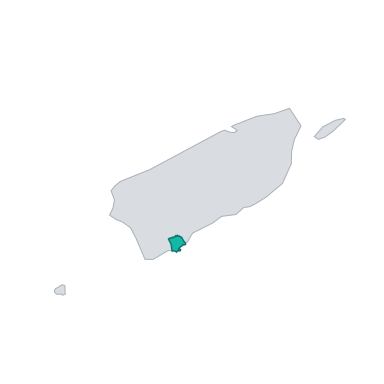 Guánica, Puerto Rico (highlighted), rotated 330°
{"feature_id": "32010507B43804230876127", "entity_name": "Guánica", "entity_type": "district", "adm_level": 2, "iso_a3": "PRI", "parent_name": "Puerto Rico", "parent_adm1": "", "projection": "natural_earth1", "projection_center": [-66.908, 17.98], "detail": "fine", "context": "in_parent", "style": "filled", "palette": "teal", "viewbox_px": 384, "rotation_deg": 330, "n_neighbors": 0, "source": "geoboundaries", "source_scale": "gbopen_adm2", "svg_char_len": 2292}
<svg xmlns="http://www.w3.org/2000/svg" viewBox="0 0 384 384"><g transform="rotate(330 192 192)"><path d="M254.2,158.7L258.2,161.7L262.0,161.2L258.9,155.1L261.8,155.1L286.3,158.9L302.1,165.2L318.3,168.3L319.4,189.3L306.9,197.7L298.7,206.5L292.1,217.2L274.6,229.8L253.5,233.5L239.5,233.9L234.3,233.5L229.2,231.3L218.6,233.4L205.5,227.9L194.3,229.2L172.0,227.9L163.6,232.7L155.6,233.8L147.8,232.9L141.1,230.8L124.6,230.9L117.6,226.8L120.5,202.9L120.8,192.0L116.7,183.1L112.3,177.5L109.1,170.8L115.5,166.4L120.9,160.1L122.5,150.5L128.4,148.1L135.2,147.0L166.8,151.5L246.7,154.0L251.2,154.8L254.2,158.7ZM344.4,209.9L334.4,210.9L327.8,209.6L325.6,205.2L337.8,201.0L352.0,201.6L360.1,204.1L361.1,205.8L344.4,209.9ZM31.1,216.9L29.9,217.0L28.7,216.8L28.2,216.4L27.4,215.0L23.7,212.8L22.9,210.7L23.7,208.5L25.2,207.6L32.6,207.4L33.4,207.6L34.8,209.1L34.9,210.2L34.1,211.2L32.8,213.9L32.3,214.5L31.9,215.2L31.7,216.4L31.1,216.9Z" fill="#d9dde1" stroke="#a8b0b8" stroke-width="1"/><path d="M157.6,222.2L157.2,222.2L156.9,222.3L156.7,222.3L156.4,222.0L156.3,222.4L156.0,222.3L155.6,222.2L155.6,221.9L155.0,221.9L154.8,222.2L154.2,222.3L153.7,221.9L153.1,221.7L153.1,221.8L152.7,221.8L151.7,221.3L151.3,221.3L151.0,221.4L151.0,221.5L150.7,221.4L150.3,221.1L149.6,220.8L148.8,220.8L148.6,220.9L148.1,221.0L148.0,223.9L147.9,224.8L147.8,225.8L147.7,227.2L147.6,227.3L145.2,233.2L145.6,233.4L146.3,233.5L146.9,233.9L147.6,234.6L148.1,235.1L148.4,235.7L148.4,236.3L149.4,236.1L149.8,235.9L150.6,236.1L151.0,236.2L151.2,236.3L151.5,236.6L152.0,236.9L152.6,237.0L152.9,236.6L153.0,236.4L153.3,236.2L153.2,235.9L152.7,235.7L152.1,235.5L151.6,235.4L151.5,235.0L151.7,234.5L152.1,234.4L152.8,234.3L153.4,234.1L153.5,234.1L154.1,233.9L154.5,233.6L155.3,233.6L155.9,233.6L156.0,233.6L156.5,233.5L156.8,233.4L157.2,233.2L157.7,233.0L158.2,233.1L158.5,233.4L158.5,233.8L159.9,234.1L160.1,234.2L160.3,234.1L160.4,233.9L160.4,233.5L160.6,233.0L160.8,232.8L160.6,231.7L160.3,231.1L160.3,230.8L160.3,227.8L160.4,227.1L160.4,226.6L160.4,226.2L160.2,225.9L160.0,225.4L159.8,225.1L159.6,224.8L159.1,224.5L158.8,224.2L158.8,223.9L158.8,223.7L158.7,223.7L158.4,223.4L158.2,223.5L157.9,223.3L158.0,223.2L157.9,222.8L157.7,223.0L157.5,222.8L157.6,222.6L157.6,222.2Z" fill="#14b8a6" stroke="#0f766e" stroke-width="1.5"/></g></svg>